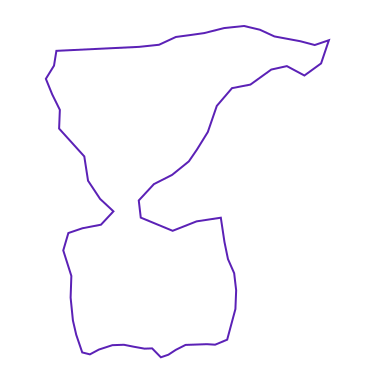 outline of Sichari, Cyprus, rotated 358°
{"feature_id": "46923920B30915554603571", "entity_name": "Sichari", "entity_type": "district", "adm_level": 2, "iso_a3": "CYP", "parent_name": "Cyprus", "parent_adm1": "", "projection": "albers", "projection_center": [33.378, 35.263], "detail": "fine", "context": "isolated", "style": "outline", "palette": "violet", "viewbox_px": 384, "rotation_deg": 358, "n_neighbors": 0, "source": "geoboundaries", "source_scale": "gbopen_adm2", "svg_char_len": 952}
<svg xmlns="http://www.w3.org/2000/svg" viewBox="0 0 384 384"><g transform="rotate(358 192 192)"><path d="M222.0,340.8L231.3,310.5L232.7,291.8L231.3,274.6L225.6,260.3L222.7,243.1L219.9,218.7L195.6,221.5L171.3,230.1L139.9,215.8L138.5,198.6L154.2,182.8L172.7,174.2L189.9,161.3L198.4,149.8L209.9,132.6L219.8,106.8L235.6,89.6L254.1,86.7L275.5,72.4L291.2,69.5L308.4,79.5L325.5,68.0L334.1,45.1L319.8,49.4L305.5,45.1L279.8,39.4L265.5,32.2L249.8,27.9L229.8,29.3L209.8,33.6L195.6,35.1L181.3,36.5L164.2,43.7L144.2,45.1L61.4,46.2L58.5,60.9L49.9,73.8L55.7,89.6L62.8,105.3L61.4,124.0L85.6,152.7L88.5,177.1L99.9,195.7L112.8,208.6L99.9,221.5L81.3,224.4L67.0,228.7L61.3,245.9L68.5,271.7L67.0,293.3L68.5,316.2L71.3,330.6L76.7,348.5L84.3,350.7L93.5,346.2L107.1,342.3L118.6,342.3L128.4,344.6L139.1,346.9L146.7,346.9L155.1,356.1L162.7,353.8L170.3,349.2L180.2,344.6L190.0,344.6L201.5,344.6L209.8,345.4L222.0,340.8Z" fill="none" stroke="#5b21b6" stroke-width="2"/></g></svg>